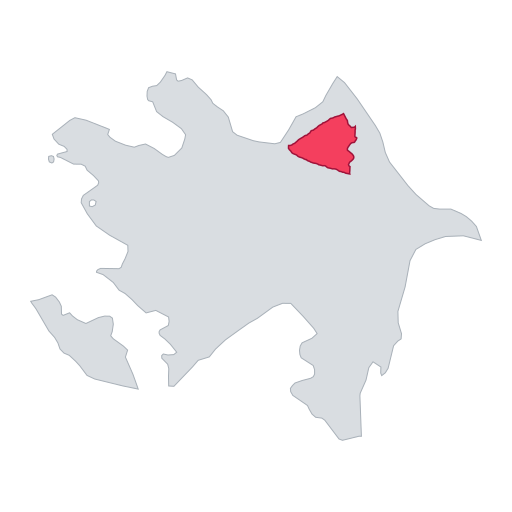 location of Quba District, Quba, Azerbaijan
{"feature_id": "54616110B77048085748362", "entity_name": "Quba District", "entity_type": "district", "adm_level": 2, "iso_a3": "AZE", "parent_name": "Azerbaijan", "parent_adm1": "Quba", "projection": "equal_earth", "projection_center": [48.485, 41.2], "detail": "fine", "context": "in_parent", "style": "filled", "palette": "rose", "viewbox_px": 512, "rotation_deg": 0, "n_neighbors": 0, "source": "geoboundaries", "source_scale": "gbopen_adm2", "svg_char_len": 5321}
<svg xmlns="http://www.w3.org/2000/svg" viewBox="0 0 512 512"><path d="M361.4,436.3L359.1,436.2L342.5,440.3L339.0,439.0L324.8,420.2L321.8,418.1L315.7,417.3L312.1,414.2L309.2,409.2L307.5,405.5L292.8,395.4L290.7,391.7L290.4,388.4L292.5,385.5L295.0,383.0L302.2,380.5L310.6,378.3L313.3,376.7L314.6,374.1L314.6,369.7L313.2,365.5L301.2,357.8L299.9,354.5L299.5,350.4L300.2,346.1L302.1,342.8L311.9,338.3L317.1,333.6L313.8,328.4L303.3,316.5L290.8,303.4L282.5,303.3L272.8,307.1L257.4,318.3L248.8,323.1L237.7,331.0L225.5,339.8L215.5,349.1L209.3,356.9L198.2,360.3L192.6,366.8L173.9,386.3L168.7,386.0L168.5,376.3L168.8,368.7L167.7,364.2L161.8,358.2L161.7,355.6L163.3,354.0L167.9,355.0L173.8,354.6L176.7,352.2L170.4,344.3L164.9,339.0L160.1,335.4L159.1,333.2L159.1,331.7L160.1,329.9L168.3,325.5L169.1,321.5L168.6,317.0L155.8,310.4L146.1,312.9L137.6,305.5L132.1,299.7L125.2,293.6L119.1,290.2L113.3,282.5L103.1,274.6L96.5,272.3L96.6,271.1L97.9,269.6L100.6,268.4L119.0,268.7L121.2,267.3L122.4,263.9L125.0,258.9L128.0,251.5L127.8,245.3L109.6,235.2L96.3,226.0L87.3,213.8L81.2,202.7L81.5,199.0L83.3,195.4L97.7,185.2L98.7,182.6L98.4,180.8L93.4,175.5L87.1,170.2L85.2,166.2L81.2,164.2L73.6,164.1L60.3,157.4L57.5,156.8L56.8,155.5L57.5,154.1L67.1,151.5L67.0,149.3L64.2,146.4L58.8,144.2L54.0,139.0L52.3,134.3L69.8,120.4L74.9,117.7L86.1,120.2L109.4,129.4L107.7,134.5L110.0,137.3L115.4,141.2L125.6,145.2L134.3,147.2L138.8,145.5L145.5,144.0L154.2,148.5L162.2,154.3L166.1,156.6L168.3,157.4L174.4,155.4L181.8,148.0L184.8,139.0L185.6,134.7L181.4,128.7L172.7,122.3L162.9,116.6L156.6,111.6L152.7,101.8L148.6,100.7L147.6,99.4L147.0,96.1L147.2,91.4L148.6,87.7L152.6,86.2L156.7,85.6L160.3,82.2L165.0,75.4L166.9,71.7L175.5,73.9L176.6,79.9L178.1,81.2L181.6,80.5L187.6,77.9L192.2,79.9L198.2,87.1L206.6,94.7L211.1,99.8L212.8,103.3L217.1,106.7L223.3,110.8L228.3,117.1L232.6,131.7L237.1,135.2L253.3,140.7L259.0,141.9L274.8,143.8L280.4,142.4L288.7,129.8L296.1,116.7L302.9,114.0L315.4,107.7L322.8,101.8L325.9,95.4L332.9,83.3L337.2,76.6L344.5,82.6L357.2,98.9L375.4,125.6L379.8,133.1L382.8,141.9L385.3,152.5L389.5,162.0L408.0,185.7L416.0,194.5L429.1,205.8L433.7,208.4L439.8,209.1L450.9,209.1L461.3,213.6L466.4,216.7L471.7,221.2L476.4,226.5L481.3,240.4L463.4,235.8L445.4,236.5L435.2,239.6L425.3,243.7L415.9,249.4L410.0,260.7L405.1,286.9L397.9,311.4L398.2,322.8L401.5,333.7L401.1,338.9L397.8,341.1L393.6,345.7L388.1,368.3L385.3,372.8L381.7,375.6L380.7,373.0L380.9,367.0L373.0,361.8L368.8,367.7L366.0,380.1L360.2,393.2L359.9,395.8L361.4,436.3ZM95.3,205.0L96.1,201.5L93.9,200.0L91.5,199.9L89.4,201.6L89.4,206.0L92.2,206.7L95.3,205.0ZM34.6,306.9L31.9,303.3L30.7,301.3L38.7,299.7L52.1,294.8L55.6,297.1L59.4,302.1L61.3,306.3L61.5,314.1L63.1,315.4L69.6,312.8L72.4,315.9L77.3,319.7L85.9,323.5L98.4,317.6L104.6,316.1L109.7,316.2L112.4,318.1L113.3,324.2L112.2,331.7L110.7,335.8L113.3,338.8L123.4,346.1L127.6,350.1L125.4,357.1L132.9,374.2L135.3,380.9L138.2,389.1L122.7,385.9L94.7,379.0L87.0,375.4L79.8,365.8L75.6,361.2L69.2,355.3L64.0,353.1L60.0,349.0L57.9,342.9L54.6,337.4L48.9,331.0L36.2,309.2L34.6,306.9ZM53.6,161.9L51.9,163.0L49.3,161.9L48.5,159.2L48.7,156.4L51.4,155.7L53.5,156.5L54.1,159.1L53.6,161.9Z" fill="#d9dde1" stroke="#a8b0b8" stroke-width="1"/><path d="M343.5,113.6L341.9,114.6L341.3,114.7L340.6,115.2L338.6,116.0L337.5,116.2L335.8,116.7L334.6,117.0L333.6,117.6L332.4,118.1L330.5,118.4L329.6,119.1L329.0,119.7L328.1,120.5L327.1,121.1L326.2,121.6L325.1,122.2L324.3,122.6L322.9,122.9L322.1,123.9L319.1,125.5L317.7,126.7L316.7,127.8L315.1,128.7L313.3,130.2L312.0,130.4L310.8,131.1L310.4,132.0L309.7,133.1L308.5,133.7L306.7,135.3L305.5,135.4L304.7,135.8L302.5,137.4L300.5,138.5L298.6,139.7L296.9,141.4L296.3,141.9L295.7,142.4L294.7,143.3L293.8,143.7L293.0,144.0L291.8,145.0L290.6,145.4L289.5,145.5L288.6,145.5L288.5,146.8L288.5,148.4L289.4,149.7L290.9,151.2L291.8,152.7L293.1,153.6L295.1,154.4L296.6,155.0L297.8,156.2L298.5,156.6L299.3,157.0L300.6,157.4L302.0,157.8L303.3,158.4L303.7,158.8L304.5,159.0L305.2,159.5L306.5,159.6L307.1,160.4L307.5,160.6L308.3,161.0L309.5,161.3L310.0,161.7L310.9,162.2L312.0,162.5L312.9,162.9L313.8,163.1L315.1,163.3L315.8,163.4L316.8,163.7L317.8,164.1L318.8,164.8L320.0,165.0L321.4,165.4L323.0,165.8L324.0,165.6L325.2,165.8L325.8,166.2L326.7,167.0L327.3,167.4L327.9,167.8L328.0,167.8L329.1,168.0L330.1,168.2L331.5,168.6L332.6,168.9L334.0,168.8L335.3,169.0L336.1,169.2L337.5,169.9L338.5,170.7L338.8,170.9L339.7,171.4L340.8,171.5L341.5,171.7L342.5,172.2L343.9,172.3L345.0,172.8L345.7,173.2L347.8,173.6L349.8,174.0L349.6,172.9L349.8,170.8L349.9,167.9L350.0,166.6L348.9,165.8L348.5,164.7L349.2,163.0L350.1,161.7L351.0,161.2L352.1,160.2L353.1,159.2L353.8,157.9L353.7,156.3L353.1,155.2L352.4,154.4L351.7,153.5L351.0,153.1L350.1,152.3L348.8,151.2L347.9,150.6L347.4,150.1L347.4,148.7L347.7,147.7L348.4,146.7L349.3,145.4L349.8,144.6L350.3,144.0L351.0,143.3L351.8,142.8L352.8,142.6L354.2,142.4L354.9,141.7L355.3,140.8L355.9,140.2L356.5,138.9L356.8,138.0L356.5,137.5L355.5,137.3L354.9,136.6L354.9,135.4L355.0,134.0L355.1,132.1L355.1,130.0L355.4,129.0L355.4,128.4L355.3,126.4L354.6,127.1L353.7,127.3L352.4,127.4L351.4,127.5L350.9,127.1L350.2,126.2L349.7,125.8L348.4,124.6L347.9,123.6L347.5,121.8L347.5,121.0L347.0,119.9L346.1,118.7L345.4,117.2L344.8,116.1L344.3,115.1L343.7,113.9L343.5,113.6Z" fill="#f43f5e" stroke="#9f1239" stroke-width="1.5"/></svg>